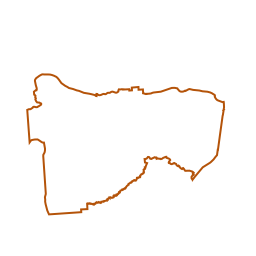 the district of Penrith, New South Wales, Australia, rotated 77°
{"feature_id": "25037944B77698637071191", "entity_name": "Penrith", "entity_type": "district", "adm_level": 2, "iso_a3": "AUS", "parent_name": "Australia", "parent_adm1": "New South Wales", "projection": "albers", "projection_center": [150.748, -33.748], "detail": "fine", "context": "isolated", "style": "outline", "palette": "amber", "viewbox_px": 256, "rotation_deg": 77, "n_neighbors": 0, "source": "geoboundaries", "source_scale": "gbopen_adm2", "svg_char_len": 5703}
<svg xmlns="http://www.w3.org/2000/svg" viewBox="0 0 256 256"><g transform="rotate(77 128 128)"><path d="M192.9,76.7L190.5,73.8L183.1,64.0L180.3,55.9L179.7,54.7L177.9,51.7L175.7,49.1L174.5,47.4L169.5,45.5L169.6,45.3L155.6,40.0L137.5,33.1L136.6,32.6L132.4,30.9L132.2,31.1L131.6,30.4L131.4,30.6L129.6,29.8L125.3,29.0L124.1,28.9L124.1,30.0L121.4,34.1L120.6,35.0L119.2,35.8L117.3,36.4L116.9,36.4L116.6,36.1L116.3,36.0L115.8,36.2L115.4,36.1L114.3,37.1L113.8,37.7L113.1,38.3L111.8,40.0L110.5,42.5L109.0,47.1L107.5,50.1L105.5,56.0L103.9,59.2L103.9,59.5L103.9,60.3L104.8,63.5L104.5,63.7L104.5,63.9L104.5,64.3L104.7,64.5L104.9,66.1L104.8,66.7L104.8,67.2L104.7,67.3L104.4,68.5L103.6,69.5L101.2,70.8L100.5,71.0L99.4,73.4L98.8,76.3L100.0,87.9L99.2,94.9L99.2,96.3L99.5,97.9L99.3,99.9L98.8,102.6L99.0,102.6L98.9,103.1L98.4,104.0L98.1,104.3L98.0,104.7L97.6,105.2L97.5,105.5L96.8,105.3L93.8,104.8L93.1,109.1L90.4,108.6L89.5,115.2L92.2,115.7L91.8,118.3L90.5,118.1L89.5,123.8L89.3,123.7L88.8,125.4L88.8,126.4L88.3,128.2L89.2,128.9L90.3,129.2L90.8,130.4L91.0,131.1L90.9,131.8L90.6,132.4L89.4,134.3L89.0,135.2L89.1,136.4L89.6,137.8L89.5,138.3L89.2,139.5L89.2,140.1L89.9,141.7L90.0,142.1L89.9,142.7L89.4,143.7L89.3,144.3L89.3,144.9L89.7,146.9L89.7,148.1L89.5,148.8L89.1,149.5L88.7,149.9L88.0,150.2L87.7,151.1L88.5,151.6L89.4,151.4L89.8,151.5L89.6,152.0L88.4,153.0L86.9,155.9L85.9,158.0L83.8,163.1L80.8,167.4L79.8,169.5L77.7,172.7L75.7,176.6L74.4,177.8L72.8,179.7L69.3,182.8L65.2,184.5L63.6,185.3L62.1,186.3L60.4,188.4L59.3,190.1L58.4,191.9L57.9,193.7L57.2,196.8L56.5,199.2L56.5,200.1L57.0,201.9L57.3,202.8L58.8,206.3L59.9,207.5L60.5,207.9L61.3,208.1L65.6,208.2L68.6,208.0L70.1,208.3L70.5,208.6L70.2,208.9L71.5,211.5L74.3,211.9L74.4,211.6L75.9,210.9L77.1,211.5L78.3,211.1L78.6,211.2L79.1,211.8L79.6,211.8L81.2,211.5L82.6,210.8L83.2,209.1L83.3,208.6L84.0,208.0L84.5,207.2L84.8,207.1L85.3,207.2L85.8,207.6L86.8,210.3L86.9,211.0L87.2,211.5L87.2,212.1L87.0,213.0L86.1,214.9L86.3,215.9L86.8,216.3L87.7,218.7L87.7,219.0L87.4,220.4L87.7,222.1L119.9,227.1L118.3,225.3L118.1,224.5L118.2,221.7L118.7,219.1L118.9,218.6L119.4,218.0L122.2,215.4L122.8,214.7L123.1,214.2L123.3,213.2L129.3,213.5L131.0,213.9L132.5,214.5L133.2,214.9L135.0,216.5L136.3,216.9L173.0,222.8L173.9,223.0L176.7,224.5L179.3,224.8L181.2,225.3L183.9,225.4L190.2,225.2L194.4,224.4L199.5,192.5L196.8,192.0L197.9,185.8L192.4,184.8L192.3,184.6L192.6,183.8L192.9,183.6L193.0,183.3L192.8,183.0L193.1,182.9L193.1,182.6L193.1,182.4L192.9,182.3L193.0,182.1L193.3,181.8L193.1,181.4L193.3,181.1L193.7,180.9L193.7,180.5L193.8,180.2L194.3,179.7L194.2,179.3L194.6,179.1L194.9,178.7L194.6,178.6L194.2,178.0L194.5,177.6L194.4,177.3L194.5,176.8L194.1,176.5L194.0,176.3L193.6,176.2L193.6,175.7L193.4,175.5L193.7,175.3L193.6,174.8L194.1,174.3L194.0,173.7L193.6,173.6L193.5,173.1L194.8,171.9L194.7,171.6L194.4,171.5L194.5,171.1L194.2,170.9L194.5,170.6L193.9,170.2L193.8,169.6L194.0,168.8L194.2,168.7L194.4,168.3L194.3,168.1L193.8,168.0L193.7,167.8L193.9,167.2L193.8,165.5L194.0,165.0L193.5,164.9L193.4,164.5L193.0,164.4L193.3,163.7L192.4,163.4L192.1,162.9L192.0,162.3L191.6,162.0L192.2,161.6L191.6,161.4L191.5,161.0L191.8,160.7L191.7,160.4L192.5,159.4L192.3,159.0L192.4,158.1L192.3,157.6L191.7,157.6L191.0,157.4L191.2,156.8L191.2,156.3L191.1,156.1L190.8,156.1L191.1,155.7L191.1,155.4L191.4,155.1L191.4,154.5L191.3,154.3L190.9,154.5L190.3,154.4L190.4,153.5L190.0,153.3L190.0,153.1L190.2,152.6L190.1,152.4L189.7,152.1L189.7,151.8L189.5,151.5L189.0,151.6L188.5,151.3L188.7,150.9L189.0,150.6L189.0,150.4L188.8,150.3L188.4,150.4L187.3,149.5L187.3,148.7L187.1,148.4L186.9,147.6L186.5,147.3L186.7,147.0L186.8,146.7L187.0,146.7L186.8,146.1L186.3,145.7L186.1,145.0L186.2,144.8L186.5,144.6L186.5,144.4L186.4,144.2L185.9,144.3L185.7,144.2L185.4,143.3L185.1,143.2L184.6,142.5L184.3,142.2L184.1,141.9L184.0,141.4L183.6,141.0L183.5,140.8L183.5,140.3L182.5,140.0L182.5,139.4L182.2,138.7L181.8,138.1L182.0,137.6L181.6,137.3L181.7,136.7L181.3,136.3L181.2,136.0L180.8,135.8L180.9,135.5L180.7,135.2L180.6,134.5L180.3,134.3L180.2,134.0L180.2,133.6L180.7,133.5L180.8,132.9L180.7,132.6L181.0,132.4L181.0,132.2L180.5,131.9L180.4,131.5L179.8,131.0L178.5,130.5L178.5,130.3L178.8,129.9L178.6,129.4L178.9,129.2L178.5,128.2L178.7,127.7L178.7,127.3L178.3,127.0L178.1,127.0L177.8,127.3L177.1,126.9L176.5,125.8L176.1,125.5L176.0,124.9L176.1,124.6L175.7,124.1L175.6,123.6L175.7,123.3L175.6,123.2L175.1,122.6L174.7,122.4L174.2,122.7L173.5,122.2L172.7,122.2L172.3,122.3L171.7,121.6L171.7,120.8L170.3,120.5L170.6,120.0L168.3,118.7L167.9,118.3L166.5,117.3L165.4,119.2L162.0,118.8L162.2,117.9L162.0,117.4L162.0,116.8L161.3,115.7L160.7,115.1L160.8,114.6L161.2,113.9L161.9,113.6L162.6,113.4L162.9,113.3L163.4,112.3L163.4,111.9L163.0,111.3L162.8,109.5L162.5,109.0L162.5,108.4L163.5,107.4L163.5,107.2L163.3,106.8L163.5,106.7L163.9,106.8L164.4,106.9L164.3,106.3L164.6,105.8L164.7,104.9L165.1,104.3L165.2,103.5L165.7,103.0L165.6,101.7L165.0,100.4L164.8,98.8L164.6,98.1L164.7,97.1L164.9,97.1L165.4,97.3L165.7,97.2L166.4,96.1L166.8,95.3L167.8,94.4L168.3,94.1L168.8,94.1L170.0,95.6L170.8,96.1L171.0,96.1L170.9,95.6L171.0,95.4L171.6,95.3L171.9,94.9L172.4,94.7L172.9,94.0L173.1,93.3L172.8,92.5L172.9,91.6L172.5,91.2L172.5,90.8L172.8,90.6L173.0,90.7L173.2,90.0L173.9,89.2L175.2,89.0L176.2,88.2L176.7,87.4L176.1,87.4L176.0,87.2L176.9,86.5L178.0,86.3L178.8,85.9L179.1,85.7L179.4,85.2L179.9,84.9L180.2,84.5L180.1,84.2L179.6,83.8L179.4,83.5L179.4,83.3L180.7,82.6L182.3,82.1L182.6,81.8L183.4,77.8L184.8,75.3L185.1,75.2L185.2,74.9L185.6,74.5L186.1,74.2L186.3,74.9L187.5,75.2L187.7,74.4L188.1,74.4L188.5,75.0L188.9,75.9L189.4,76.6L189.9,77.1L191.5,77.4L192.0,77.2L192.6,76.7L192.9,76.7Z" fill="none" stroke="#b45309" stroke-width="2"/></g></svg>